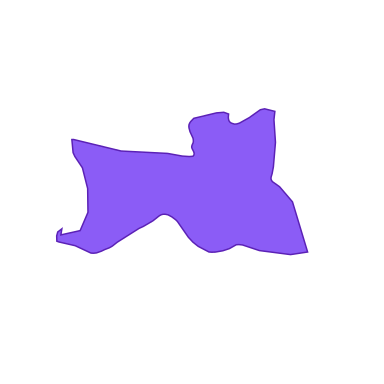 outline of Manubah, rotated 211°
{"feature_id": "TUN-102", "entity_name": "Manubah", "entity_type": "Governorate", "adm_level": 1, "iso_a3": "TUN", "parent_name": "Tunisia", "parent_adm1": "", "projection": "robinson", "projection_center": [9.985, 36.85], "detail": "fine", "context": "isolated", "style": "filled", "palette": "violet", "viewbox_px": 384, "rotation_deg": 211, "n_neighbors": 0, "source": "natural_earth", "source_scale": "10m", "svg_char_len": 1368}
<svg xmlns="http://www.w3.org/2000/svg" viewBox="0 0 384 384"><g transform="rotate(211 192 192)"><path d="M282.5,80.2L285.4,84.7L286.5,88.6L284.6,93.4L282.3,87.7L268.0,101.3L270.7,121.0L283.2,141.2L298.4,156.3L310.7,162.1L314.2,164.5L322.0,175.1L320.6,176.0L273.9,190.6L232.8,212.5L218.8,217.8L212.6,221.0L209.6,223.1L209.4,224.6L209.8,225.8L210.5,226.7L211.6,227.6L214.2,229.2L215.3,230.2L215.8,231.1L216.2,232.9L216.3,234.4L216.8,235.9L217.7,237.3L218.8,238.6L224.8,242.7L227.6,245.4L228.6,246.8L229.3,248.4L229.5,250.3L229.4,251.8L228.4,256.1L211.8,272.4L205.8,276.7L200.8,277.7L199.4,274.8L198.6,273.7L197.3,272.3L196.0,271.6L194.6,271.3L193.3,271.4L190.5,272.1L188.7,273.4L186.8,275.5L181.3,285.1L175.8,297.7L172.6,300.7L162.5,303.8L159.0,296.2L146.0,277.5L135.2,255.5L132.8,249.1L132.0,246.0L131.5,244.6L130.4,243.3L128.5,242.3L119.6,241.6L100.8,235.3L62.0,200.1L75.3,189.1L104.1,176.5L121.5,172.6L124.7,171.1L126.9,169.6L130.8,162.7L135.3,157.5L141.1,152.5L144.2,150.5L146.6,149.3L158.7,148.6L165.4,149.5L171.7,151.3L189.3,159.2L191.6,159.8L196.5,160.3L200.8,160.1L203.6,159.1L205.5,157.9L206.7,156.6L207.5,155.3L208.1,154.0L210.6,147.3L216.0,137.4L218.6,133.6L230.2,110.5L232.4,104.7L233.2,103.2L234.2,101.5L237.1,97.8L239.2,94.6L242.5,90.6L244.9,88.8L247.2,87.6L264.5,85.8L280.4,80.6L282.5,80.2Z" fill="#8b5cf6" stroke="#5b21b6" stroke-width="1.5"/></g></svg>